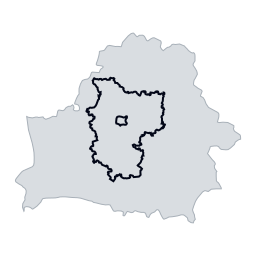 Minsk highlighted on a map of Belarus
{"feature_id": "BLR-2345", "entity_name": "Minsk", "entity_type": "Region", "adm_level": 1, "iso_a3": "BLR", "parent_name": "Belarus", "parent_adm1": "", "projection": "albers", "projection_center": [27.803, 53.681], "detail": "fine", "context": "in_parent", "style": "outline", "palette": "ink", "viewbox_px": 256, "rotation_deg": 0, "n_neighbors": 0, "source": "natural_earth", "source_scale": "10m", "svg_char_len": 9201}
<svg xmlns="http://www.w3.org/2000/svg" viewBox="0 0 256 256"><path d="M221.3,188.8L216.8,188.8L211.3,189.2L208.3,191.5L204.9,190.6L202.6,191.9L197.5,198.0L195.5,201.3L193.6,206.3L192.5,209.9L193.3,212.4L194.4,214.8L194.7,217.3L195.3,219.3L194.0,220.8L193.3,222.9L191.0,222.6L188.1,220.7L187.4,217.8L185.1,215.9L183.6,214.9L181.3,214.8L177.5,215.9L172.6,216.7L168.9,217.0L166.8,218.1L163.9,219.2L162.7,218.0L160.9,214.7L159.5,211.5L158.5,210.1L157.7,209.7L156.7,209.8L155.6,210.9L154.7,211.9L151.6,213.2L150.3,214.4L148.8,217.4L147.8,217.2L146.7,216.6L145.5,213.2L143.9,212.4L141.3,212.4L138.0,211.7L135.4,210.7L134.4,211.0L132.9,212.4L131.2,212.6L127.5,211.4L126.8,212.0L124.6,215.7L123.6,215.8L123.0,215.4L123.4,212.1L121.2,211.0L117.6,210.8L115.0,211.3L113.8,211.1L113.2,210.5L110.1,205.0L108.5,204.7L105.5,204.9L101.2,204.2L96.2,202.9L93.5,202.4L92.0,201.2L89.0,200.7L80.8,198.2L77.4,197.7L72.5,197.5L64.9,196.8L60.1,196.9L57.8,197.5L55.2,197.9L46.2,198.1L42.9,198.6L42.0,199.7L40.8,202.1L36.9,206.2L33.1,208.9L32.4,209.1L30.4,207.5L28.7,206.9L26.6,206.6L25.1,207.0L24.2,207.6L24.1,211.0L23.9,211.3L22.5,207.2L22.8,203.7L23.9,201.7L25.0,199.9L24.8,197.1L26.0,193.5L26.2,190.9L25.8,189.7L25.0,188.4L22.8,186.8L21.9,185.6L18.8,183.9L15.8,181.8L15.4,180.6L15.6,179.8L16.2,178.6L18.8,175.3L21.6,172.0L23.3,170.7L32.2,166.8L33.6,165.3L34.1,162.7L34.2,157.5L34.0,152.7L33.5,149.3L32.2,143.0L28.5,129.9L26.7,116.5L28.4,117.3L32.4,117.9L35.6,117.1L37.3,117.1L38.7,117.5L43.0,116.9L43.9,118.2L45.8,119.3L49.5,118.0L52.9,116.3L56.3,116.6L56.8,115.7L57.8,111.0L58.9,110.0L62.9,110.7L64.4,109.9L66.1,107.6L68.5,106.3L70.5,106.3L72.6,104.8L73.6,105.9L74.0,107.9L73.3,109.4L73.6,110.0L75.0,110.8L77.5,110.9L79.1,110.3L79.4,109.4L79.5,107.8L79.1,106.3L78.1,104.9L76.2,104.2L74.9,104.1L74.6,103.3L75.2,101.6L76.5,98.3L78.0,95.4L79.0,94.3L79.1,93.3L79.0,91.5L79.1,88.3L80.5,83.9L82.4,80.5L84.8,79.5L87.7,79.0L89.6,77.4L90.5,75.6L91.4,72.7L92.3,72.1L99.2,72.6L100.3,69.8L100.9,69.0L102.3,68.1L103.2,67.1L102.9,66.3L101.1,65.8L97.0,65.3L96.2,64.3L96.5,63.1L97.6,60.2L98.7,56.3L99.3,53.4L99.4,51.6L100.0,51.2L103.4,50.6L104.5,50.1L107.4,46.0L109.6,45.4L115.3,46.5L117.9,46.4L121.1,46.7L121.4,46.3L122.6,42.3L128.2,35.9L131.1,33.6L133.0,33.1L133.7,33.2L136.7,36.6L137.4,36.7L139.3,35.3L142.8,35.2L144.4,36.3L146.7,40.5L147.9,40.9L151.2,38.6L153.0,37.8L154.2,37.8L160.6,40.9L161.1,41.9L161.2,43.1L160.3,46.9L161.6,49.2L163.2,50.7L166.4,48.1L167.6,47.3L168.9,47.2L170.6,46.2L171.8,44.7L173.1,44.2L175.4,44.5L179.6,44.0L184.6,46.1L185.0,46.8L187.6,49.4L188.5,50.7L189.3,51.1L190.7,52.3L192.4,53.0L193.6,52.7L194.2,53.2L194.8,54.2L195.0,55.9L195.0,60.9L193.3,63.6L193.1,64.5L193.3,65.6L194.8,67.7L196.7,71.0L197.2,72.9L197.3,74.4L195.0,78.8L194.2,79.9L193.7,82.0L193.5,84.1L193.7,85.0L198.1,88.3L201.3,90.0L202.0,90.9L202.1,91.4L200.6,95.2L200.5,96.2L203.1,97.6L204.6,99.9L206.0,103.7L208.5,107.4L217.7,112.4L218.6,113.3L218.9,114.5L218.8,117.0L217.4,122.0L219.0,122.6L222.9,122.2L227.8,122.5L233.8,125.6L233.9,127.2L233.4,128.6L233.9,130.1L234.6,131.3L239.9,134.8L240.4,135.9L240.6,137.8L240.6,139.2L239.2,139.5L237.7,140.3L235.3,142.1L234.4,144.5L230.5,148.0L228.1,149.6L226.0,149.8L221.2,149.4L219.4,147.9L218.6,146.5L216.7,145.9L214.2,146.0L210.9,146.4L210.2,146.9L209.7,148.7L208.4,151.9L207.5,153.6L212.1,159.5L214.4,161.9L215.2,163.3L215.2,164.4L214.3,165.8L214.6,168.3L216.9,171.6L216.2,172.2L216.2,176.4L216.4,180.8L217.1,181.8L218.3,182.7L219.3,184.2L221.2,187.8L221.3,188.8Z" fill="#d9dde1" stroke="#a8b0b8" stroke-width="1"/><path d="M110.5,77.8L112.3,78.3L113.5,78.0L113.9,78.2L114.4,78.8L113.7,80.2L114.4,80.8L114.9,81.6L115.2,82.9L117.4,83.0L118.0,83.8L119.8,85.4L119.8,85.7L119.7,86.5L122.1,87.1L123.2,87.9L123.6,88.3L123.3,89.5L123.8,90.2L124.0,90.9L124.7,91.5L125.1,92.1L126.4,92.5L127.0,92.5L127.5,91.9L127.9,91.8L128.3,92.0L128.4,92.9L128.5,93.1L131.4,92.3L132.7,92.6L134.0,91.8L135.7,91.7L136.4,92.2L137.1,93.5L138.2,94.2L138.5,94.9L139.5,95.5L139.9,95.6L140.2,95.3L141.5,91.8L143.4,91.2L143.6,91.2L144.1,92.1L144.4,92.0L145.0,91.3L145.3,91.4L145.7,92.1L145.3,93.1L145.3,93.4L145.4,93.9L145.7,94.2L147.2,94.7L147.9,94.2L149.0,94.3L149.3,94.4L149.4,95.1L149.7,95.2L150.4,95.0L150.7,94.4L150.7,94.2L150.2,93.4L150.4,92.7L150.5,92.5L154.2,93.0L154.8,92.7L155.4,91.8L156.3,91.4L156.5,91.4L156.2,91.8L156.2,92.1L156.4,92.1L156.7,92.2L157.8,91.7L158.1,91.8L158.4,92.7L158.4,93.8L158.6,94.0L159.3,94.0L160.2,94.3L161.5,93.5L163.1,93.9L163.5,93.5L163.6,92.5L164.0,92.6L164.3,92.9L164.4,94.0L163.2,95.4L163.6,96.1L163.7,96.4L163.0,97.6L162.8,100.9L162.6,101.6L161.8,103.1L162.8,104.4L162.8,104.7L162.6,105.1L161.7,106.0L161.6,107.2L162.0,107.8L162.3,107.9L163.0,107.6L163.1,108.1L163.8,108.4L163.9,109.1L164.1,109.4L163.4,110.1L163.4,112.5L162.9,112.8L162.8,113.1L163.2,113.8L163.3,114.4L162.4,115.6L161.7,116.1L161.5,116.7L161.4,117.1L161.9,118.0L162.0,118.5L162.0,120.1L162.1,120.4L161.9,121.0L162.0,121.2L162.6,121.7L162.0,122.7L162.2,122.8L162.9,122.5L163.0,122.6L162.9,123.1L162.1,123.7L162.9,123.9L163.3,124.2L164.0,124.2L164.4,124.5L164.9,124.6L164.8,125.0L164.3,125.7L163.2,126.2L163.1,126.4L163.2,126.7L163.9,127.0L163.8,127.3L163.2,127.7L163.0,128.2L162.9,128.3L162.6,128.3L162.2,127.8L161.8,127.8L160.5,129.3L158.8,130.3L158.1,130.3L157.6,129.9L156.7,129.7L156.3,129.9L155.3,131.0L155.3,131.4L155.6,132.4L155.3,133.0L155.0,133.1L152.7,133.5L152.7,134.8L152.9,135.6L151.8,135.7L151.5,135.5L150.8,134.2L151.0,133.3L150.9,133.0L150.3,133.4L149.7,132.8L149.2,132.8L148.7,133.1L146.6,132.7L145.3,132.1L145.0,132.1L144.7,132.6L144.9,133.8L144.8,134.2L144.5,134.5L143.4,134.8L144.1,135.1L144.1,135.3L143.1,135.8L142.6,136.2L141.3,136.2L140.6,137.0L140.1,137.9L140.2,139.4L140.1,140.8L139.9,141.2L139.3,141.9L139.2,142.3L139.5,142.7L140.9,143.3L141.4,144.3L141.3,144.7L139.7,145.1L139.4,145.7L139.1,145.7L136.4,145.6L135.9,145.8L135.0,144.8L134.3,144.5L133.6,144.6L132.8,145.1L133.5,146.9L135.2,147.5L136.1,148.7L137.1,148.9L138.2,149.4L138.7,148.4L139.7,148.5L140.0,149.1L140.3,150.2L140.6,150.8L141.5,150.7L142.3,150.2L142.8,150.2L143.0,150.4L142.7,151.0L143.3,152.7L143.1,154.5L143.4,155.6L142.4,155.6L141.9,156.8L141.5,157.7L141.6,157.9L142.4,158.5L142.3,159.1L141.4,160.1L141.0,161.6L140.5,162.6L137.7,165.4L138.2,166.0L140.6,167.4L141.9,168.7L141.5,169.2L141.6,169.6L140.5,170.6L140.4,172.6L140.6,174.5L140.5,175.1L138.9,176.6L133.7,177.1L132.8,175.7L130.5,175.1L130.1,175.2L129.8,175.6L129.7,175.9L130.0,176.6L130.1,177.4L129.4,178.0L126.5,178.4L125.7,178.2L123.8,178.3L122.3,177.6L121.4,176.8L121.3,176.5L121.3,174.8L121.2,174.6L120.8,174.7L120.4,175.5L119.7,174.3L117.7,175.8L117.4,175.1L116.8,175.1L116.4,175.4L116.0,176.6L115.0,176.7L115.0,176.9L114.9,177.5L115.2,178.4L114.9,179.1L113.4,181.2L110.0,179.0L110.7,177.9L110.7,177.6L110.5,177.0L108.4,175.0L108.0,174.3L108.4,173.8L108.6,173.5L107.9,172.6L108.1,171.9L108.3,171.7L111.4,171.4L111.6,170.9L111.6,170.3L111.1,169.3L110.8,169.1L109.5,169.1L108.5,168.8L107.6,167.4L107.6,167.0L107.7,166.6L107.7,166.3L106.8,165.6L106.6,165.6L106.2,166.3L105.8,166.4L104.7,165.8L102.1,164.8L100.8,162.5L100.5,162.5L99.8,162.7L99.1,162.6L98.9,162.3L98.9,161.7L98.7,161.3L97.4,160.5L96.4,160.7L96.0,161.9L95.0,162.0L94.1,162.8L93.9,162.7L93.1,161.4L93.2,161.1L93.9,160.6L94.0,160.3L93.6,158.9L92.7,157.2L92.5,156.7L92.4,156.3L93.0,155.8L93.4,154.7L93.8,154.2L94.5,154.0L95.7,154.0L95.8,154.0L95.8,153.5L95.4,152.5L94.6,151.6L92.8,151.3L92.3,151.1L92.1,150.9L92.1,150.2L91.6,149.8L91.5,149.1L90.5,149.1L90.1,148.8L90.1,148.5L90.8,147.1L91.3,146.5L91.7,146.2L92.8,146.2L93.2,145.9L93.2,144.6L92.7,143.4L92.8,141.7L97.3,140.2L96.9,139.5L96.7,138.7L96.9,136.9L96.9,136.5L96.6,136.3L95.6,136.3L95.7,135.6L96.0,134.9L96.2,134.3L95.4,132.9L95.3,131.7L95.0,131.3L94.0,130.7L92.5,130.2L92.2,129.7L92.2,128.4L91.2,128.1L90.4,127.5L90.2,127.1L90.4,125.6L90.5,125.4L91.2,125.4L91.6,124.7L89.9,123.8L89.5,123.4L89.4,123.2L89.5,122.2L89.7,121.8L92.2,120.8L92.6,120.3L93.2,119.0L94.3,118.7L94.5,118.1L94.6,116.9L94.5,116.7L93.1,116.6L92.8,116.1L92.6,114.9L92.4,114.5L91.2,114.4L91.1,114.5L91.0,115.0L90.8,115.2L89.2,115.3L88.7,114.6L88.6,114.1L88.7,112.4L88.9,111.6L88.1,111.1L87.9,111.3L87.7,111.9L87.4,112.0L86.7,111.6L86.5,111.4L86.5,111.1L86.8,110.2L87.3,108.9L88.4,108.9L89.8,107.7L90.2,107.6L91.6,107.8L94.2,107.4L95.6,105.9L96.4,104.5L98.1,99.9L99.0,99.0L99.0,97.6L98.6,96.7L98.5,95.6L99.7,96.1L99.8,95.8L99.9,94.5L100.6,94.4L100.7,94.1L100.5,93.2L100.6,92.1L99.6,92.4L98.8,92.0L98.6,91.7L98.4,91.2L97.6,89.2L97.5,88.9L97.7,88.1L97.6,87.5L96.7,87.0L95.1,84.5L94.1,84.2L93.2,83.3L93.1,83.0L93.1,81.6L92.7,80.5L93.7,79.6L93.8,79.4L93.7,79.0L93.8,78.6L94.2,78.3L95.8,79.1L97.6,79.1L98.4,79.6L99.0,79.5L99.5,79.0L100.9,78.9L101.3,79.1L101.8,79.9L102.0,80.0L102.5,79.8L103.5,79.2L105.8,78.8L106.1,79.0L106.7,79.7L107.7,79.9L109.8,79.7L109.9,79.4L109.7,78.5L110.5,77.8ZM125.1,124.8L126.1,124.6L126.8,123.6L126.5,122.6L125.8,122.0L125.5,120.8L125.6,119.8L126.2,118.6L126.9,117.8L126.9,116.5L126.2,116.3L125.0,117.2L124.1,117.5L123.5,117.5L121.6,116.8L119.2,116.4L117.8,116.7L117.0,117.2L116.5,118.5L116.2,121.2L116.1,122.4L116.4,123.5L117.4,123.7L119.5,124.6L119.9,125.4L120.4,125.6L121.0,124.8L123.5,124.5L125.1,124.8Z" fill="none" stroke="#020617" stroke-width="2"/></svg>